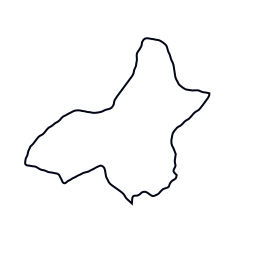 Vallejuelo, San Juan, Dominican Republic, rotated 306°
{"feature_id": "3306468B66406658248209", "entity_name": "Vallejuelo", "entity_type": "district", "adm_level": 2, "iso_a3": "DOM", "parent_name": "Dominican Republic", "parent_adm1": "San Juan", "projection": "albers", "projection_center": [-71.34, 18.666], "detail": "fine", "context": "isolated", "style": "outline", "palette": "ink", "viewbox_px": 256, "rotation_deg": 306, "n_neighbors": 0, "source": "geoboundaries", "source_scale": "gbopen_adm2", "svg_char_len": 3489}
<svg xmlns="http://www.w3.org/2000/svg" viewBox="0 0 256 256"><g transform="rotate(306 128 128)"><path d="M134.9,182.0L138.0,177.3L139.5,174.3L140.6,172.8L141.9,171.5L142.9,170.8L143.9,170.1L145.9,169.2L147.8,168.2L149.4,167.6L150.7,167.3L152.0,167.2L153.9,167.2L155.8,167.4L157.1,167.5L158.3,167.9L160.7,169.0L161.8,169.4L163.1,169.6L166.3,170.0L167.5,170.3L168.6,170.7L170.5,171.6L171.6,171.9L173.5,172.2L177.3,172.5L179.2,172.7L180.9,173.2L183.4,174.3L184.6,174.7L185.9,174.8L190.6,175.0L196.8,175.0L199.4,175.0L200.7,174.8L201.9,174.6L202.9,174.1L203.9,173.4L202.8,170.8L201.4,168.3L201.0,167.4L200.6,166.3L200.0,163.4L199.5,162.4L198.9,161.4L196.2,158.0L193.4,152.6L193.1,151.4L192.9,149.6L192.9,147.2L193.0,145.4L193.1,144.2L193.4,143.1L193.9,142.1L194.9,140.2L195.6,138.6L196.2,137.6L196.9,136.6L198.2,135.2L204.6,128.9L205.9,127.5L206.6,126.5L207.3,125.5L208.6,122.9L211.9,118.6L213.5,115.6L216.5,111.8L217.1,110.7L217.3,110.2L217.6,108.4L217.7,106.0L217.6,103.6L217.3,101.8L216.9,100.8L215.7,98.4L214.8,96.3L213.5,93.9L212.3,91.4L211.7,90.5L210.9,89.7L210.0,89.1L209.4,88.9L208.3,88.7L207.1,88.8L206.0,88.9L205.4,89.1L203.1,90.3L202.6,90.5L201.5,90.8L199.7,91.0L195.5,91.2L193.7,91.4L193.2,91.6L192.1,92.2L188.8,94.8L187.8,95.5L185.8,96.4L183.4,97.7L182.4,98.1L179.5,98.7L178.4,99.0L176.0,100.1L174.9,100.5L174.3,100.6L172.4,100.8L170.5,100.8L147.7,100.6L144.5,100.7L142.6,100.9L141.5,101.2L139.1,102.4L138.0,102.7L136.3,102.9L135.2,102.8L134.0,102.5L133.0,102.0L129.2,99.0L126.6,97.6L125.6,97.0L123.6,95.3L121.4,93.0L120.2,91.5L119.5,90.4L118.6,88.3L117.0,85.5L116.2,83.4L114.9,81.0L114.0,78.9L113.4,77.9L112.7,76.9L111.5,75.5L110.1,74.3L109.0,73.7L107.0,72.7L104.1,71.2L102.0,70.3L100.1,69.3L99.2,68.8L97.4,68.4L93.9,68.1L92.8,67.8L91.7,67.5L89.3,66.3L84.8,65.1L82.4,64.0L81.4,63.6L79.6,63.3L75.4,63.1L73.6,62.9L72.0,62.4L69.6,61.2L67.8,60.8L65.9,60.7L60.8,60.6L58.9,60.5L57.6,60.3L55.9,59.9L50.9,60.9L49.8,61.3L47.4,62.4L46.3,62.7L43.4,63.2L42.4,63.6L39.7,65.0L39.0,65.6L38.6,65.9L38.4,66.4L38.3,66.9L38.3,67.4L38.3,67.9L38.7,68.8L39.7,70.6L40.6,72.6L41.7,74.5L42.2,75.5L42.6,77.2L42.9,80.8L43.1,81.9L43.5,83.0L44.6,85.4L44.9,86.5L45.5,89.4L46.0,90.4L47.3,92.8L48.2,94.9L49.1,96.7L49.5,97.7L49.6,98.2L49.6,99.4L49.3,100.4L48.1,102.7L47.1,104.7L46.1,106.4L45.7,107.3L45.7,107.8L45.7,108.3L45.8,108.8L46.1,109.2L46.5,109.6L46.9,109.8L49.8,110.6L52.7,112.0L54.8,112.8L57.7,114.4L59.8,115.3L62.6,116.9L64.7,117.9L66.2,118.9L69.0,121.2L70.0,121.9L72.1,122.8L75.0,124.4L77.6,125.5L80.7,127.3L81.4,127.9L81.7,128.4L81.9,128.9L82.1,130.0L82.0,131.1L81.7,132.2L81.4,132.7L80.3,134.2L76.7,137.9L75.5,139.3L74.9,140.4L74.2,141.9L72.9,144.3L72.6,145.4L72.3,146.6L72.2,148.5L72.3,159.1L72.1,162.3L71.7,164.1L70.6,166.5L70.1,168.1L69.2,175.5L73.8,172.7L74.7,172.4L75.7,172.3L76.2,172.5L76.6,172.7L77.0,173.0L78.4,174.8L79.5,175.7L80.0,176.0L81.0,176.4L83.7,177.0L84.7,177.5L85.2,177.8L85.9,178.6L86.5,179.5L86.7,180.1L86.9,180.7L87.0,181.9L87.1,186.3L87.3,187.4L87.5,188.0L87.8,188.4L88.5,189.1L90.7,190.4L91.6,190.9L92.1,191.1L93.3,191.4L96.8,191.8L98.6,192.1L99.1,192.3L100.1,192.9L102.9,194.9L103.8,195.3L104.3,195.4L105.2,195.3L107.5,194.6L108.6,194.5L109.8,194.5L111.4,194.8L113.3,195.6L114.3,196.0L115.4,196.1L115.9,196.1L116.9,195.8L118.6,195.0L118.9,192.6L119.2,191.5L119.6,190.6L119.9,190.2L120.4,189.8L121.4,189.4L124.2,189.0L125.2,188.7L126.0,188.1L127.6,186.3L128.7,185.3L129.7,184.7L131.7,183.7L133.5,182.7L134.9,182.0Z" fill="none" stroke="#020617" stroke-width="2"/></g></svg>